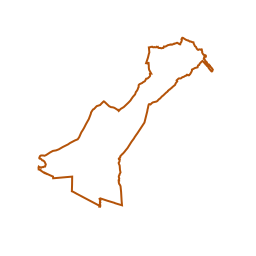 outline of Podgoria, Buzau, Romania, rotated 75°
{"feature_id": "2599482B62775264936185", "entity_name": "Podgoria", "entity_type": "district", "adm_level": 2, "iso_a3": "ROU", "parent_name": "Romania", "parent_adm1": "Buzau", "projection": "equal_earth", "projection_center": [26.994, 45.465], "detail": "fine", "context": "isolated", "style": "outline", "palette": "amber", "viewbox_px": 256, "rotation_deg": 75, "n_neighbors": 0, "source": "geoboundaries", "source_scale": "gbopen_adm2", "svg_char_len": 5330}
<svg xmlns="http://www.w3.org/2000/svg" viewBox="0 0 256 256"><g transform="rotate(75 128 128)"><path d="M134.0,221.5L134.7,221.3L134.9,220.7L135.4,220.1L136.0,219.7L137.1,219.2L137.4,218.7L137.5,218.3L138.8,217.4L141.8,216.8L143.7,218.0L143.5,218.4L143.7,219.4L143.9,219.7L143.6,220.7L143.7,221.5L143.3,222.7L142.9,223.6L142.2,224.2L143.1,224.7L144.9,225.0L145.0,224.7L145.6,224.0L145.6,223.5L146.0,223.7L149.7,220.5L149.5,220.2L149.9,219.8L150.1,219.9L151.1,218.7L150.9,218.6L153.2,215.9L155.5,213.0L157.2,213.3L160.5,194.5L168.3,196.7L174.6,198.6L175.4,197.5L178.6,194.2L195.8,175.6L196.3,176.0L196.5,176.1L196.8,175.3L196.1,174.9L195.9,174.9L195.7,175.1L195.5,174.9L195.2,174.7L194.5,174.7L194.1,174.9L192.9,174.1L192.7,174.4L191.7,174.1L190.8,173.4L190.2,173.7L189.9,173.4L189.7,173.3L189.1,173.7L188.8,173.0L192.7,167.1L196.9,160.3L197.2,160.1L201.1,153.8L196.6,153.0L187.9,151.2L182.4,150.3L182.0,150.3L181.2,150.5L180.9,150.5L180.3,150.7L180.1,150.9L179.1,151.0L177.5,150.9L176.9,150.5L176.8,150.4L176.7,150.2L176.4,150.2L176.1,150.4L176.0,150.2L175.4,150.2L174.8,149.6L174.6,149.6L173.8,149.5L173.2,149.6L172.3,149.4L171.2,148.6L171.2,148.4L170.2,147.9L169.8,147.4L169.3,147.1L168.9,146.7L166.4,146.6L162.3,145.8L161.7,145.8L160.9,146.0L159.4,146.1L159.2,146.0L158.3,145.0L158.1,144.9L157.5,144.6L156.8,144.4L156.5,144.2L156.1,144.7L156.0,144.8L155.4,144.9L155.1,144.7L154.9,144.3L155.0,143.9L154.9,143.7L154.3,143.1L154.1,143.0L153.4,142.9L153.2,142.6L151.8,140.4L151.4,139.5L149.8,137.1L149.2,136.4L147.3,133.7L142.2,128.2L139.5,124.8L138.9,124.3L136.4,121.4L136.2,121.1L135.7,120.5L127.0,110.7L116.9,105.1L114.9,104.2L114.3,103.8L111.3,102.3L110.5,101.7L110.5,101.3L110.5,101.0L111.1,100.2L110.1,98.5L109.7,97.3L109.8,93.6L109.6,93.0L109.5,92.6L108.9,91.8L108.1,90.4L107.9,89.6L107.6,89.1L106.2,86.9L105.8,85.8L103.6,81.8L103.2,80.7L102.7,79.9L102.4,79.8L102.2,79.2L101.6,78.1L101.6,77.7L100.9,76.5L100.8,76.0L100.4,75.2L100.0,74.6L98.6,71.5L98.4,71.2L97.7,70.8L97.1,70.3L95.7,68.4L94.6,68.7L93.3,66.3L93.3,65.8L93.7,64.7L93.7,64.0L93.6,63.6L93.0,62.4L93.0,60.9L92.6,59.8L92.4,57.9L92.0,57.7L91.8,57.5L91.9,57.0L92.3,56.7L92.4,56.2L92.8,55.8L92.9,55.6L92.8,55.2L92.5,54.9L92.0,54.0L90.4,52.4L89.0,51.3L88.3,51.2L88.1,51.1L87.9,49.8L87.4,47.9L87.4,47.2L87.4,45.1L86.1,44.4L85.7,44.1L85.6,43.9L85.5,42.9L84.3,42.0L83.9,41.2L83.2,40.2L82.5,38.7L84.4,37.6L85.8,36.9L86.0,36.7L86.6,36.6L86.8,36.2L87.5,36.0L87.7,35.8L88.0,35.8L88.3,35.6L88.5,35.6L88.6,35.4L88.6,35.2L89.0,35.0L89.4,34.8L89.7,34.8L90.9,34.5L92.4,33.9L92.9,33.5L93.3,33.5L94.9,32.7L95.1,32.4L94.7,31.7L94.4,31.6L94.2,31.4L93.9,31.3L93.6,31.0L92.2,31.4L90.2,32.4L90.0,32.5L89.6,33.0L89.4,32.7L89.1,32.7L89.0,32.9L88.0,33.3L87.7,33.5L87.4,33.6L87.3,33.8L87.2,34.0L87.4,34.0L87.5,34.3L87.4,34.5L86.7,34.9L86.2,35.2L85.6,34.8L85.3,34.8L84.7,35.0L84.7,35.5L84.2,35.5L84.2,35.9L83.4,35.9L82.2,36.1L81.7,36.3L81.3,36.3L81.1,36.8L80.7,36.9L80.0,36.4L79.7,36.3L79.4,35.9L79.0,35.8L79.0,35.7L79.3,35.6L79.3,35.2L79.0,35.0L79.3,34.4L79.2,34.3L78.5,34.1L78.4,34.2L78.5,35.0L78.4,35.1L78.2,35.1L77.7,34.8L77.6,35.4L77.0,35.6L76.9,36.0L76.3,36.3L74.7,36.8L74.0,36.8L73.3,36.5L72.2,36.6L71.2,36.4L71.0,36.7L71.0,36.9L71.3,37.4L70.6,38.4L70.5,39.3L70.7,39.7L70.5,39.9L70.4,40.4L69.0,41.1L67.4,41.3L66.2,42.2L64.8,42.4L64.4,42.5L63.2,42.7L62.2,42.6L61.4,44.2L61.0,44.7L60.6,45.0L60.5,45.9L60.0,46.3L59.6,46.7L59.1,47.0L58.9,47.8L58.2,48.5L58.0,49.0L57.4,49.5L56.3,50.6L55.5,51.2L55.0,51.8L54.9,52.2L54.9,52.3L55.1,52.5L55.9,52.9L56.1,53.4L56.9,53.2L57.5,53.5L58.5,54.1L58.8,54.5L59.1,54.6L59.3,55.0L59.8,55.5L60.7,55.9L60.6,56.3L60.2,56.8L59.1,57.7L58.9,58.0L58.6,58.2L58.4,58.5L58.4,59.0L58.6,60.0L58.6,60.5L58.5,61.0L58.7,61.4L58.5,61.6L58.5,62.2L58.8,62.9L58.8,63.2L58.9,63.8L58.9,64.0L58.6,64.2L58.6,64.5L58.6,64.8L58.5,65.0L58.3,65.3L58.5,65.8L58.3,66.2L58.4,67.0L58.3,67.9L58.4,68.2L58.4,68.6L58.6,68.9L58.8,69.7L59.0,70.4L58.9,70.7L59.0,71.1L58.6,72.2L58.9,72.4L59.3,72.8L59.5,72.8L59.8,73.1L59.6,74.2L59.7,74.9L59.5,75.4L59.0,76.2L58.9,76.9L58.5,77.8L57.5,78.1L57.7,78.5L57.0,79.2L57.3,79.6L57.3,80.1L57.2,80.4L57.0,80.8L57.0,81.1L56.7,81.5L56.6,81.9L56.7,82.2L56.6,82.8L56.1,83.4L55.8,83.5L55.7,83.7L55.7,84.4L55.6,84.7L55.7,84.9L55.7,85.4L55.6,85.7L55.6,85.9L55.8,86.3L55.6,87.0L60.5,87.8L61.9,88.7L65.2,90.5L70.0,93.7L70.1,93.3L70.4,93.1L70.5,92.8L70.6,92.7L70.5,92.4L70.5,92.0L70.3,91.6L70.4,91.3L73.2,91.8L75.1,92.3L76.7,92.5L77.4,92.5L81.4,91.5L81.1,92.4L81.1,92.7L81.2,92.8L81.3,92.9L82.5,92.9L82.9,93.0L83.6,93.4L83.9,93.8L85.0,95.8L85.2,96.4L85.1,97.7L87.0,99.4L87.2,99.7L87.7,101.7L88.2,102.7L88.6,105.3L89.0,106.2L89.4,106.6L91.3,107.2L92.1,108.0L93.3,108.7L94.7,110.2L95.2,111.0L97.4,112.5L99.1,115.1L101.2,117.6L102.0,118.4L103.6,121.0L106.7,126.7L107.7,130.2L109.1,132.5L108.1,132.8L108.2,133.1L107.5,133.6L105.0,135.9L104.1,137.3L103.6,138.6L103.4,139.1L102.7,139.8L102.3,140.4L101.7,140.8L96.3,144.1L96.0,144.6L97.5,147.3L98.6,149.0L98.8,152.6L100.9,156.0L101.0,156.9L101.9,158.0L103.5,159.7L104.6,160.2L109.3,163.6L110.6,164.9L113.6,167.8L116.4,170.3L118.2,172.1L120.1,174.2L124.2,177.5L125.9,179.5L126.3,182.6L127.5,187.9L128.3,190.1L129.5,196.0L130.7,200.4L130.9,202.4L131.0,203.3L130.7,206.4L130.8,206.9L131.4,209.4L132.9,214.0L133.2,215.8L132.6,217.0L132.0,219.1L132.4,220.3L134.0,221.5Z" fill="none" stroke="#b45309" stroke-width="2"/></g></svg>